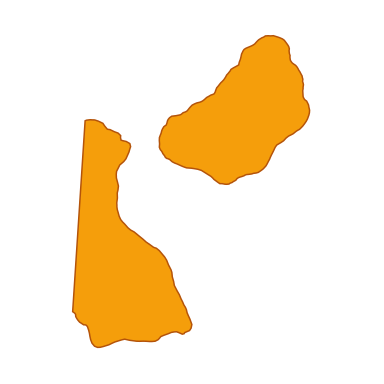 outline of North Thiladhunmathe, Maldives, rotated 94°
{"feature_id": "70690204B83662482201246", "entity_name": "North Thiladhunmathe", "entity_type": "district", "adm_level": 2, "iso_a3": "MDV", "parent_name": "Maldives", "parent_adm1": "", "projection": "mercator", "projection_center": [72.988, 6.959], "detail": "fine", "context": "isolated", "style": "filled", "palette": "amber", "viewbox_px": 384, "rotation_deg": 94, "n_neighbors": 0, "source": "geoboundaries", "source_scale": "gbopen_adm2", "svg_char_len": 4070}
<svg xmlns="http://www.w3.org/2000/svg" viewBox="0 0 384 384"><g transform="rotate(94 192 192)"><path d="M319.7,302.7L321.0,300.6L322.2,299.6L324.4,299.3L326.4,298.0L328.0,296.7L329.7,295.0L330.9,292.8L332.0,290.9L332.0,288.7L333.4,287.0L337.2,285.4L340.0,284.5L343.3,283.7L346.4,282.8L349.8,281.2L352.6,278.5L353.6,275.4L353.3,272.7L352.3,269.6L350.2,264.2L348.4,261.1L347.0,258.5L345.6,254.9L344.4,251.8L343.5,248.9L343.9,246.3L344.3,243.6L344.5,240.1L344.7,237.2L344.6,234.1L344.2,230.3L344.1,227.2L344.1,224.0L343.9,221.3L343.4,218.3L342.3,216.5L341.7,215.5L340.9,214.8L338.4,213.0L336.9,210.1L334.9,205.5L333.5,202.8L332.8,199.9L332.5,197.7L333.1,195.6L334.0,193.1L334.5,191.8L333.9,190.0L332.8,189.5L331.7,187.4L330.4,184.8L327.9,183.4L324.2,182.9L319.0,185.2L315.3,187.2L312.7,188.5L309.7,189.4L307.6,190.5L305.1,192.3L302.3,193.7L299.3,195.5L295.3,197.5L291.9,199.8L286.5,203.1L282.5,204.1L278.1,205.7L273.6,206.5L271.1,207.5L266.3,210.4L261.9,212.5L258.8,214.7L256.1,217.3L252.8,220.5L250.6,223.6L249.9,226.4L247.4,230.4L245.1,234.3L242.5,237.6L240.6,240.3L238.7,243.0L235.9,246.9L234.2,250.6L232.1,253.5L228.6,257.0L226.7,259.2L224.5,261.2L221.2,263.0L217.5,264.3L214.8,265.3L211.9,265.9L210.2,266.0L208.2,266.3L203.2,266.0L198.2,266.5L195.2,266.0L191.2,265.8L187.4,267.0L183.3,268.4L179.6,268.8L176.7,268.7L173.4,267.3L170.0,265.9L168.8,264.6L166.4,262.2L163.5,260.2L160.2,259.0L156.6,257.7L153.3,257.0L151.0,256.4L148.0,257.4L146.2,261.1L145.6,264.9L145.2,266.4L142.8,267.1L140.7,267.1L138.4,269.8L137.3,273.6L135.5,278.1L135.3,280.8L132.4,283.6L129.7,285.7L127.9,290.2L126.9,294.1L127.0,296.5L127.0,298.5L127.4,300.7L127.7,302.2L128.4,303.6L319.7,302.7ZM181.6,162.3L181.9,159.8L181.9,158.1L181.5,155.7L180.5,154.5L179.8,152.8L178.8,151.6L177.2,149.1L175.6,148.1L174.4,146.6L173.7,145.0L173.0,143.1L172.1,141.1L171.4,140.2L170.8,138.8L170.5,136.9L170.2,135.5L169.8,133.6L169.1,132.0L168.6,129.4L167.8,127.2L166.0,124.9L164.4,123.0L163.4,122.1L160.9,120.1L158.9,119.1L156.3,118.0L153.9,116.9L152.0,116.3L149.4,115.3L145.4,113.6L141.7,112.2L139.2,110.7L137.6,108.4L136.6,106.9L134.5,104.2L131.6,101.9L129.5,99.6L128.1,97.2L126.8,95.1L125.0,93.2L123.9,92.0L122.8,90.4L122.0,89.1L120.4,87.7L118.5,86.1L115.9,84.4L113.5,83.0L111.0,81.9L107.2,80.8L104.9,80.4L102.2,80.4L98.9,81.4L97.1,81.8L95.1,82.9L93.3,84.0L92.4,85.5L91.7,86.3L90.5,87.1L89.2,87.8L86.2,88.2L83.2,88.6L81.3,88.4L79.5,88.5L77.2,88.3L75.5,88.8L74.0,89.4L71.7,89.3L70.1,89.9L68.5,90.3L67.9,90.7L66.0,91.9L64.5,92.8L63.0,94.0L61.3,95.0L59.8,96.1L58.4,97.5L57.5,99.1L56.4,100.9L55.2,102.0L53.8,103.0L52.3,103.4L50.6,103.7L49.0,103.7L47.1,104.5L44.4,105.0L42.3,104.9L40.1,105.7L38.3,107.0L36.4,108.6L34.2,110.5L33.0,112.4L32.2,114.6L31.6,116.6L31.0,119.1L30.4,121.7L30.8,124.5L30.8,126.9L31.2,129.7L32.6,131.5L33.2,132.9L34.4,134.6L35.5,136.1L36.7,137.2L38.3,138.5L40.0,139.8L41.0,141.1L41.8,142.3L42.6,143.8L43.3,145.2L44.3,147.2L45.0,148.5L46.2,150.0L47.7,150.9L49.3,151.5L51.0,152.2L53.4,152.5L55.2,152.8L56.6,153.1L59.2,153.9L62.0,154.3L63.6,156.7L65.3,159.4L67.0,161.7L68.4,162.3L71.3,164.3L72.9,165.6L75.0,166.5L77.8,168.1L79.9,169.8L80.8,170.7L82.9,172.2L83.9,172.8L85.3,173.8L86.3,174.6L89.1,175.5L90.8,175.9L92.5,176.8L93.0,177.6L94.1,180.1L95.3,181.8L96.7,184.0L98.2,185.4L99.4,186.6L100.6,188.0L101.5,189.6L101.9,190.5L102.8,193.4L103.8,195.4L105.3,197.9L107.2,199.5L108.8,200.7L110.3,201.7L111.7,202.8L112.6,204.2L113.5,206.4L115.3,208.2L116.0,209.6L116.5,211.5L117.0,213.3L117.8,217.5L119.5,219.6L121.2,220.8L122.6,221.4L124.9,221.8L127.0,222.4L127.9,223.6L128.9,224.7L131.3,225.9L133.1,226.5L135.5,226.9L137.6,227.6L140.0,228.3L143.0,228.2L146.3,227.7L149.6,227.7L151.9,226.6L153.7,224.9L155.8,223.7L157.8,221.9L159.4,220.9L160.3,219.4L160.5,218.2L161.2,216.4L161.9,215.6L163.3,213.7L164.4,211.1L165.1,208.7L165.9,206.6L167.1,203.3L167.8,201.0L168.3,199.0L168.3,196.7L168.3,194.4L168.5,191.8L168.9,187.8L169.8,184.1L171.4,181.1L173.6,177.0L175.0,174.3L176.5,172.4L177.9,171.0L179.1,169.1L180.5,166.9L181.7,164.9L181.6,162.3Z" fill="#f59e0b" stroke="#b45309" stroke-width="1.5"/></g></svg>